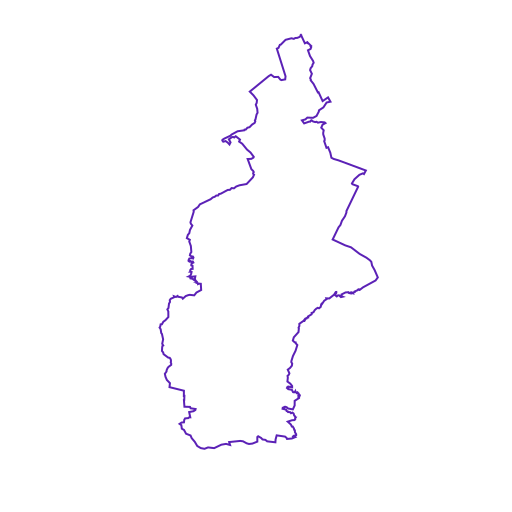 the district of Vitomiresti, Olt, Romania, rotated 153°
{"feature_id": "2599482B1675604721620", "entity_name": "Vitomiresti", "entity_type": "district", "adm_level": 2, "iso_a3": "ROU", "parent_name": "Romania", "parent_adm1": "Olt", "projection": "natural_earth1", "projection_center": [24.373, 44.847], "detail": "fine", "context": "isolated", "style": "outline", "palette": "violet", "viewbox_px": 512, "rotation_deg": 153, "n_neighbors": 0, "source": "geoboundaries", "source_scale": "gbopen_adm2", "svg_char_len": 6109}
<svg xmlns="http://www.w3.org/2000/svg" viewBox="0 0 512 512"><g transform="rotate(153 256 256)"><path d="M186.9,405.3L185.3,400.3L184.3,394.5L185.9,392.1L187.5,390.9L188.1,386.6L189.6,382.9L191.2,381.9L194.5,377.9L195.4,377.4L195.5,376.3L196.8,375.2L199.8,374.9L203.3,373.7L205.4,374.2L207.6,373.3L208.8,373.8L209.3,373.3L215.8,375.5L222.7,375.3L224.2,374.8L231.0,375.0L233.1,374.8L233.6,374.2L233.3,372.7L230.9,372.2L229.7,369.9L229.0,367.4L227.1,368.8L227.2,372.3L223.6,372.8L222.4,372.5L221.6,371.5L219.7,371.9L217.4,367.0L219.1,365.6L217.3,362.3L215.7,354.9L213.9,350.7L213.0,345.3L213.7,344.8L216.1,344.7L219.4,346.2L220.7,335.5L219.9,333.0L219.9,331.8L221.0,331.1L221.2,329.7L220.9,329.3L223.1,327.5L231.7,324.4L238.6,326.5L242.1,326.9L244.9,326.3L246.9,327.6L249.2,326.8L251.2,327.7L259.2,327.5L260.8,328.0L262.2,327.1L264.0,327.9L265.9,327.5L268.0,327.8L270.5,327.2L282.6,327.5L285.3,326.0L290.9,325.1L291.4,323.7L299.1,315.8L299.4,314.4L298.9,312.0L303.0,309.2L305.1,306.6L307.1,305.8L309.5,303.3L307.6,300.5L308.9,299.2L309.5,294.5L311.8,288.9L313.4,288.0L314.6,286.6L313.7,285.0L312.5,284.2L312.4,283.1L313.2,282.3L314.3,283.3L316.6,284.0L318.1,282.8L318.2,282.3L317.6,281.9L318.1,281.7L317.7,281.0L314.8,279.8L314.8,278.6L316.7,278.6L317.4,277.9L317.9,277.0L317.0,276.1L318.3,273.3L319.7,273.9L321.1,273.2L321.3,271.9L321.8,271.8L320.7,271.0L321.8,269.6L323.4,268.3L325.3,268.3L323.9,267.2L324.4,267.0L324.6,265.8L323.0,264.6L323.5,265.9L322.9,266.8L319.3,265.4L320.6,263.7L322.4,263.4L322.0,262.6L320.3,261.8L321.0,261.8L320.6,260.4L321.4,260.3L320.6,259.7L321.2,259.1L320.1,258.0L320.4,257.3L319.3,257.2L317.8,256.3L320.3,250.6L325.6,250.5L328.9,249.0L332.7,251.5L334.2,251.9L336.8,252.2L340.6,251.2L340.8,252.7L344.0,255.1L344.0,256.0L345.9,255.8L347.3,257.3L347.4,256.4L351.4,256.6L352.9,255.8L353.5,254.1L355.1,253.1L357.6,249.4L359.2,248.7L359.3,246.4L361.8,241.4L365.9,239.9L368.4,239.5L370.8,237.9L372.0,238.4L373.5,236.5L374.4,236.0L374.2,234.0L375.4,230.4L375.2,229.2L376.6,223.9L379.4,220.4L379.3,218.4L380.1,218.4L380.9,217.5L382.9,214.1L382.5,212.2L382.9,210.5L380.4,205.4L379.1,204.4L378.9,202.6L379.4,201.0L380.3,199.9L380.3,198.8L381.0,197.5L384.4,196.9L385.8,196.2L387.5,194.8L388.2,193.7L390.7,192.4L391.5,189.3L391.7,186.0L390.4,181.8L392.6,178.4L381.4,168.7L383.8,164.1L383.3,163.9L385.3,160.3L385.6,160.4L388.2,154.2L383.3,151.5L383.4,150.0L379.3,147.1L380.0,146.3L382.2,146.1L386.4,147.3L387.8,142.1L388.8,142.6L389.9,142.3L392.9,143.5L394.3,142.6L395.7,140.5L397.9,141.4L400.3,141.1L399.3,139.2L400.5,135.8L399.1,133.7L399.0,129.4L395.8,125.8L396.0,122.9L394.9,118.2L394.6,113.4L392.4,109.9L389.4,107.6L385.6,107.2L380.5,103.8L372.5,103.6L368.0,102.2L364.9,99.4L364.4,102.4L354.0,98.4L351.7,96.8L349.4,93.4L347.6,91.7L344.4,90.5L339.1,90.0L337.0,94.1L335.9,94.4L334.0,91.5L333.5,89.6L331.1,87.9L330.2,85.8L323.3,81.2L321.8,83.7L319.0,86.8L312.1,81.9L311.3,79.9L311.4,78.9L306.9,77.1L303.2,76.8L303.4,77.2L304.9,77.4L305.1,78.3L304.1,78.7L301.6,78.1L301.1,79.0L301.3,81.3L300.5,83.1L300.9,83.8L300.5,85.1L300.7,87.4L301.5,87.8L301.4,90.0L302.9,94.0L298.4,93.3L296.4,92.4L295.3,92.6L294.9,93.5L293.9,94.1L294.3,94.4L294.0,95.4L294.4,96.6L294.0,98.5L294.6,99.9L296.2,100.0L296.5,101.4L298.3,102.4L298.3,103.2L299.1,103.9L299.0,105.5L301.7,107.8L301.1,108.6L299.9,107.8L299.3,108.7L298.4,108.4L297.3,107.3L296.7,105.6L292.8,102.6L289.4,105.3L287.3,109.4L282.1,109.9L281.7,110.6L282.0,111.0L281.0,111.4L281.1,111.8L279.5,111.8L281.3,112.6L280.6,113.1L280.8,113.5L280.5,114.0L281.6,114.9L280.2,115.9L281.7,115.7L282.2,116.6L282.7,116.7L282.4,117.7L283.3,117.2L284.4,117.5L284.8,117.9L284.8,120.5L287.7,122.7L288.2,124.0L287.3,124.1L287.6,124.9L286.6,125.1L283.4,122.6L282.8,123.8L283.4,126.7L285.0,129.9L282.9,133.1L282.3,134.9L280.7,135.3L279.5,136.3L279.3,140.3L276.5,140.8L273.8,142.0L272.6,143.7L272.7,145.5L272.0,146.5L268.5,150.1L263.8,153.6L259.6,157.9L260.2,160.1L259.9,161.0L260.7,161.5L261.6,163.9L259.2,166.4L252.7,168.9L250.7,172.0L250.7,172.7L249.1,174.0L248.2,175.9L243.4,176.6L242.4,176.1L242.1,176.3L242.6,176.5L242.3,177.0L240.6,177.8L239.4,177.4L239.2,177.8L237.4,177.5L237.2,178.5L233.0,178.8L232.5,179.2L232.3,180.0L230.3,179.8L228.3,181.1L226.2,181.7L224.5,181.8L223.6,180.8L221.4,181.3L219.8,183.4L219.0,183.7L218.9,183.3L215.5,185.2L212.7,185.5L212.6,186.4L210.0,184.9L204.0,186.1L201.3,187.7L200.8,187.5L201.1,186.8L203.3,185.2L202.4,183.3L200.9,183.7L199.9,183.3L199.0,180.8L197.3,180.4L198.7,182.0L197.6,182.0L197.3,182.9L192.8,182.9L190.1,181.8L190.2,181.1L189.7,180.5L188.3,180.5L188.3,179.4L187.6,179.2L187.1,179.8L186.3,178.7L186.1,179.4L184.3,179.1L184.1,179.6L181.5,179.4L180.2,179.8L179.5,179.7L179.4,178.8L179.1,178.7L174.8,179.5L160.6,179.9L157.2,181.6L156.7,189.7L156.9,194.8L155.9,198.5L156.5,200.6L158.4,204.4L162.7,210.8L167.4,220.6L171.7,225.0L180.2,235.9L169.4,244.1L166.7,245.3L163.4,248.4L158.7,251.0L155.7,253.7L155.0,255.0L133.5,271.4L133.5,271.9L137.5,276.2L137.6,277.1L133.4,279.7L127.0,281.4L123.2,281.1L122.6,280.0L119.3,282.3L139.1,303.8L142.7,307.2L144.2,309.3L142.9,314.3L142.4,320.2L144.1,320.4L143.1,327.4L142.3,327.9L141.5,329.5L140.9,333.7L140.3,335.1L138.6,337.3L139.6,340.7L137.1,342.8L133.8,342.9L134.2,343.9L137.3,345.9L140.3,346.7L141.1,348.1L142.4,348.4L143.4,349.3L144.5,350.5L144.8,351.7L145.5,351.8L146.8,351.1L147.7,351.6L152.9,352.3L153.5,356.0L150.0,355.3L147.4,356.0L142.4,353.2L138.5,353.3L134.4,356.2L133.8,357.2L128.5,357.8L123.4,360.7L119.6,359.7L119.8,364.6L126.3,363.8L125.9,373.5L126.6,373.6L126.6,383.2L127.5,387.7L127.1,388.1L127.0,389.9L123.5,393.0L123.4,397.1L122.1,398.5L119.7,399.6L118.7,400.9L116.9,402.0L116.6,403.8L117.1,409.6L116.3,415.7L113.4,415.7L112.0,417.0L112.2,417.8L111.5,418.1L112.9,422.2L114.2,422.4L113.2,422.6L113.2,423.2L115.9,423.3L115.6,431.6L115.4,432.5L114.7,432.8L115.7,432.7L115.8,432.3L117.6,431.4L120.2,431.6L122.0,432.4L123.7,432.3L125.6,433.9L131.5,435.2L137.9,433.1L138.9,433.3L141.5,431.2L143.3,431.3L148.1,402.7L149.8,400.1L153.5,401.2L154.2,402.1L154.9,405.5L158.6,407.2L160.3,410.7L163.0,410.5L186.9,405.3Z" fill="none" stroke="#5b21b6" stroke-width="2"/></g></svg>